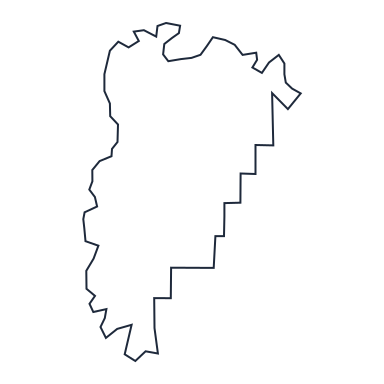 outline of Vanini, Rio Grande do Sul, Brazil, rotated 270°
{"feature_id": "56859067B33860368995203", "entity_name": "Vanini", "entity_type": "district", "adm_level": 2, "iso_a3": "BRA", "parent_name": "Brazil", "parent_adm1": "Rio Grande do Sul", "projection": "albers", "projection_center": [-51.831, -28.498], "detail": "fine", "context": "isolated", "style": "outline", "palette": "slate", "viewbox_px": 384, "rotation_deg": 270, "n_neighbors": 0, "source": "geoboundaries", "source_scale": "gbopen_adm2", "svg_char_len": 1163}
<svg xmlns="http://www.w3.org/2000/svg" viewBox="0 0 384 384"><g transform="rotate(270 192 192)"><path d="M30.5,157.9L55.9,154.5L85.9,154.2L85.8,170.8L116.3,171.1L116.1,213.7L147.9,215.4L147.9,224.0L167.7,224.4L180.9,224.4L181.3,240.4L210.5,240.6L210.0,255.5L239.0,255.5L238.6,273.3L290.9,272.1L274.9,287.9L290.6,300.7L295.4,292.1L301.4,285.8L309.7,284.4L320.5,284.4L329.1,278.8L321.5,269.0L311.1,261.9L316.5,252.4L324.2,257.1L331.3,256.2L329.1,242.6L339.2,234.7L344.0,225.2L346.8,212.9L338.0,206.9L329.2,200.5L326.1,191.5L324.9,180.9L322.8,168.3L329.6,163.1L340.0,164.3L346.1,172.1L350.9,178.9L358.3,180.1L361.0,166.0L358.0,157.5L347.4,156.2L353.8,143.9L352.4,133.8L343.0,138.8L336.6,128.6L342.3,118.3L333.3,109.9L309.8,104.4L292.9,104.4L280.5,109.9L267.8,110.2L259.5,118.0L242.0,117.5L235.1,112.0L227.8,111.5L222.9,99.6L214.0,92.3L202.7,92.4L194.4,89.3L187.0,94.9L177.5,97.1L171.7,84.6L164.8,83.3L155.8,84.3L142.8,85.5L138.3,98.4L125.4,93.6L113.2,86.3L95.2,86.5L88.1,95.0L80.2,89.5L72.0,93.3L74.9,106.4L65.9,104.8L57.0,100.5L46.1,105.9L55.1,117.2L59.2,131.6L29.7,124.7L23.0,135.3L32.7,145.6L30.5,157.9Z" fill="none" stroke="#1e293b" stroke-width="2"/></g></svg>